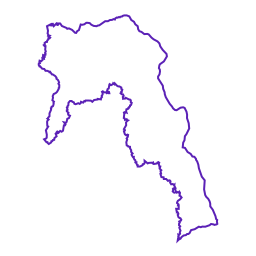 the district of San Felipe, Guainía, Colombia
{"feature_id": "7082276B30016646196042", "entity_name": "San Felipe", "entity_type": "district", "adm_level": 2, "iso_a3": "COL", "parent_name": "Colombia", "parent_adm1": "Guainía", "projection": "orthographic", "projection_center": [-67.469, 2.054], "detail": "fine", "context": "isolated", "style": "outline", "palette": "violet", "viewbox_px": 256, "rotation_deg": 0, "n_neighbors": 0, "source": "geoboundaries", "source_scale": "gbopen_adm2", "svg_char_len": 5744}
<svg xmlns="http://www.w3.org/2000/svg" viewBox="0 0 256 256"><path d="M217.2,220.0L216.1,219.0L215.5,216.2L212.8,209.8L210.3,206.4L210.2,203.4L209.6,201.3L208.2,198.8L206.2,196.8L205.2,195.0L204.1,189.4L204.7,180.3L201.8,176.7L198.9,168.3L198.3,164.6L197.2,161.5L196.0,159.7L196.0,158.9L194.4,156.8L192.4,156.5L190.7,153.9L187.6,152.0L185.0,147.9L182.7,147.4L183.2,142.6L184.5,140.2L184.9,136.2L186.4,134.2L189.2,128.5L188.7,123.2L187.0,118.1L187.1,114.7L186.5,111.7L184.6,107.9L183.1,107.3L180.5,107.7L176.6,110.2L175.0,110.0L173.1,108.4L172.0,106.5L169.7,103.8L165.8,97.2L164.8,94.2L164.6,92.2L163.2,88.9L162.8,85.7L158.1,78.4L158.1,76.5L159.5,74.4L160.0,71.4L159.8,69.6L158.9,68.1L159.4,65.2L160.1,64.1L163.9,61.4L166.9,56.4L166.5,53.9L162.7,49.9L160.3,46.4L159.4,43.4L157.5,41.4L153.6,39.3L151.5,37.6L148.7,34.4L147.3,33.9L144.3,34.1L141.5,31.9L139.4,31.2L138.2,29.3L137.7,26.2L135.3,24.3L134.0,21.8L131.3,20.0L129.3,16.4L126.7,15.4L124.2,15.4L122.6,15.9L122.3,16.4L120.2,16.8L119.9,17.3L118.6,17.1L117.7,17.7L116.8,17.5L115.3,18.4L114.9,19.5L113.5,19.1L112.0,19.9L110.0,20.0L107.9,21.2L105.2,21.2L99.3,25.3L97.6,25.6L96.7,26.2L93.7,25.9L91.3,24.7L89.7,23.1L87.5,22.8L86.3,22.8L84.3,24.3L82.1,24.8L80.7,24.5L78.9,30.1L77.2,31.1L76.2,32.9L75.1,32.8L72.1,29.9L69.0,28.4L67.2,28.8L66.6,28.0L61.9,26.0L60.2,23.5L59.0,23.4L57.8,25.0L57.3,24.9L57.3,23.4L56.7,23.2L53.8,26.1L53.4,25.0L52.6,24.4L52.0,25.5L51.2,25.4L52.3,23.9L51.5,23.9L47.0,26.2L48.0,30.8L47.6,33.5L48.4,34.8L48.1,35.6L49.7,35.8L48.7,36.9L50.1,37.7L49.4,38.5L48.3,38.7L48.0,39.8L47.2,40.5L47.0,41.9L45.8,42.0L44.6,43.0L44.8,44.5L43.8,45.1L44.6,46.1L45.5,46.2L45.2,49.7L45.8,51.4L45.1,52.6L45.5,53.5L44.9,54.2L45.4,54.8L44.0,55.7L43.1,55.2L43.0,56.3L43.4,56.6L44.6,56.4L44.8,56.9L43.9,57.8L44.0,58.7L42.4,58.2L42.6,59.9L41.1,61.3L39.6,60.7L39.4,61.7L39.9,63.2L38.8,63.5L38.7,64.9L39.5,66.4L40.0,66.2L42.2,68.7L44.3,69.0L45.5,70.8L47.2,70.8L49.0,71.5L49.4,72.2L50.1,71.8L51.9,74.4L52.7,74.4L55.3,76.1L56.5,77.7L56.4,78.7L57.9,79.9L58.7,81.4L59.1,82.5L58.4,83.7L59.3,85.0L59.2,87.7L58.7,88.0L58.7,88.9L57.0,91.9L55.7,93.1L53.7,94.0L52.7,96.2L53.0,97.7L52.4,100.3L54.0,101.7L53.4,102.9L53.7,103.6L53.3,105.3L52.9,106.2L51.6,106.7L51.5,107.8L50.9,108.2L51.1,109.7L49.5,113.3L49.5,116.2L48.1,117.7L48.1,118.5L47.6,118.7L48.6,119.6L47.6,120.4L47.1,121.8L47.3,125.9L48.2,126.5L45.9,130.3L46.8,134.6L46.7,137.6L46.2,138.4L44.1,139.3L46.4,142.1L47.4,142.1L47.6,142.9L48.8,144.0L51.2,142.4L51.4,141.2L52.4,141.0L52.9,140.0L54.2,139.8L54.4,138.1L56.6,136.3L55.7,133.9L57.4,133.3L56.5,132.4L57.3,131.5L58.9,132.3L60.2,130.9L61.6,131.7L63.0,130.7L63.9,125.3L65.0,125.3L65.5,124.4L64.1,122.4L65.8,122.8L66.6,121.9L67.3,118.8L68.9,118.1L70.0,115.7L68.4,114.9L68.0,113.8L68.5,112.8L66.8,111.2L66.8,110.2L67.6,109.8L66.9,107.6L67.5,107.3L67.4,106.3L68.3,105.4L68.5,102.7L70.0,101.0L71.7,101.0L72.3,101.8L73.8,102.3L74.4,103.8L75.7,104.2L78.3,103.2L79.7,103.9L80.7,103.1L81.0,101.8L83.2,102.6L84.3,101.0L85.1,101.4L85.8,100.5L90.8,100.6L92.3,101.8L94.1,100.0L97.6,99.5L97.7,98.9L100.9,99.4L101.1,98.1L102.0,97.0L101.6,96.0L102.6,94.5L102.6,93.0L102.0,91.8L102.8,91.3L103.9,92.3L105.8,92.3L106.8,93.2L107.9,92.5L108.5,93.2L109.3,93.2L109.0,91.9L108.1,91.7L107.1,90.8L107.6,89.1L108.7,88.5L109.4,84.4L109.7,84.1L110.6,85.1L111.2,85.1L112.8,84.2L113.2,83.2L114.5,84.3L114.8,83.4L117.1,85.8L118.2,86.4L119.4,86.4L121.3,87.5L121.3,88.9L122.3,89.6L122.0,90.8L121.3,91.5L121.7,92.1L120.6,93.2L121.6,94.2L123.0,94.4L123.7,95.9L122.8,96.9L123.1,98.8L124.1,98.5L124.9,98.7L125.7,97.8L129.1,99.5L129.9,99.5L130.8,100.3L130.8,102.3L131.7,102.8L131.1,104.9L130.0,105.4L130.0,106.5L128.9,107.2L128.9,107.9L128.1,108.2L128.1,108.8L126.4,109.3L126.1,111.4L126.5,112.5L125.8,112.2L125.3,112.7L124.4,112.2L123.9,112.6L124.3,113.8L123.8,118.0L124.6,118.4L125.0,119.9L126.7,119.2L127.2,120.1L128.0,120.4L126.8,121.3L126.0,122.6L126.2,125.2L123.9,129.1L124.9,130.0L124.9,130.5L123.9,131.2L124.9,134.3L126.2,135.3L127.4,134.6L128.1,134.9L127.8,136.8L126.6,138.5L127.2,139.4L126.3,142.2L126.7,145.4L128.0,146.0L128.3,146.6L130.0,146.8L130.1,148.5L131.2,150.2L131.1,151.8L132.6,153.5L131.6,154.4L131.8,155.3L132.9,157.0L133.8,156.9L133.7,158.0L134.4,159.6L135.2,160.1L135.6,161.8L136.2,162.1L135.6,162.6L136.3,163.1L137.2,165.2L137.7,165.2L137.7,166.5L140.0,166.5L142.6,165.2L142.8,164.2L144.2,163.8L144.7,162.6L144.6,160.8L147.7,163.4L148.7,162.9L151.6,162.7L152.2,163.0L153.1,162.5L153.4,163.9L153.9,164.0L156.8,163.5L157.5,162.5L158.4,162.1L159.2,162.8L158.7,163.6L159.4,166.3L160.3,166.5L160.0,167.6L159.6,167.5L159.6,168.6L161.3,170.2L160.5,171.1L161.1,173.6L160.4,173.9L161.4,177.1L163.6,177.3L163.8,179.0L166.2,179.0L168.0,180.9L169.2,180.3L169.9,180.5L170.5,181.3L170.1,182.5L171.2,184.3L172.8,184.0L173.9,185.1L174.4,184.7L174.3,185.7L175.6,188.3L175.3,189.6L174.5,188.3L173.5,188.3L172.9,188.9L173.3,190.1L172.7,191.3L173.6,192.3L174.3,192.7L175.4,192.4L176.0,191.4L176.8,192.6L177.8,192.0L179.0,192.8L179.4,191.9L180.0,192.8L179.5,195.7L180.6,196.2L181.6,197.5L180.0,199.4L177.9,200.8L177.1,202.4L177.0,203.0L178.3,204.2L178.0,205.3L178.7,205.3L178.7,208.9L176.2,208.8L176.6,211.2L177.3,211.9L177.0,212.5L177.9,212.7L178.4,213.9L177.7,214.9L178.5,217.2L179.8,218.2L180.4,218.2L181.3,219.7L180.9,220.6L179.2,221.5L179.8,222.6L179.1,223.5L179.0,225.2L180.2,226.3L179.3,227.7L180.5,230.7L179.8,232.2L180.1,233.7L179.4,234.6L178.3,234.4L178.6,236.1L178.3,236.6L178.8,237.3L178.1,238.1L177.7,240.6L178.8,239.5L180.5,238.7L181.5,237.1L183.6,235.5L185.9,235.1L187.1,234.0L188.3,234.0L189.5,233.2L191.1,230.1L194.7,229.2L198.8,226.7L200.8,227.2L202.3,226.6L205.3,226.7L209.6,225.2L211.0,224.0L213.6,224.4L214.3,224.9L216.6,224.4L217.3,223.9L216.9,221.3L217.2,220.0Z" fill="none" stroke="#5b21b6" stroke-width="2"/></svg>